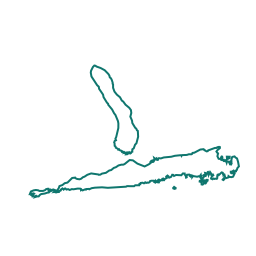 Kepulauan Sula, Maluku Utara, Indonesia (Mercator projection), rotated 173°
{"feature_id": "22746128B81791072961966", "entity_name": "Kepulauan Sula", "entity_type": "district", "adm_level": 2, "iso_a3": "IDN", "parent_name": "Indonesia", "parent_adm1": "Maluku Utara", "projection": "mercator", "projection_center": [125.8, -2.114], "detail": "fine", "context": "isolated", "style": "outline", "palette": "teal", "viewbox_px": 256, "rotation_deg": 173, "n_neighbors": 0, "source": "geoboundaries", "source_scale": "gbopen_adm2", "svg_char_len": 5531}
<svg xmlns="http://www.w3.org/2000/svg" viewBox="0 0 256 256"><g transform="rotate(173 128 128)"><path d="M36.6,66.3L34.5,66.7L34.1,68.0L33.1,67.0L31.1,66.6L29.6,66.9L27.7,69.9L28.4,70.7L28.7,70.1L30.9,70.5L31.4,71.1L31.3,72.1L30.3,72.0L28.7,72.7L28.7,72.3L27.5,72.2L27.7,71.8L27.3,71.5L26.1,71.8L26.0,72.7L25.1,73.1L24.3,74.9L22.6,76.4L22.9,81.2L23.5,84.5L24.9,85.6L25.7,86.8L28.0,86.6L28.4,86.1L29.4,83.3L29.3,82.5L29.8,82.1L29.4,80.4L30.1,79.2L31.1,79.5L30.7,81.0L31.0,82.2L31.6,82.0L31.8,81.4L32.1,82.2L33.7,83.0L34.3,81.6L34.5,82.6L35.2,83.0L34.6,84.2L35.7,84.2L36.2,83.0L36.2,83.4L36.8,83.5L37.0,84.9L37.6,84.9L37.9,85.3L38.4,84.6L39.4,85.0L39.7,85.9L41.8,86.4L42.7,89.1L41.7,91.8L42.6,92.8L43.1,93.9L41.6,95.4L39.3,96.8L39.1,97.8L39.9,98.2L41.8,98.0L42.5,97.4L44.2,97.6L51.2,96.0L51.7,95.3L52.8,95.2L54.9,96.7L54.8,97.1L55.7,97.8L58.9,97.8L65.2,95.4L67.0,95.4L67.4,94.6L68.2,94.2L70.9,94.5L72.9,94.1L77.7,94.5L78.2,93.9L78.3,94.3L79.3,94.6L84.9,94.7L88.5,94.2L96.1,94.4L99.1,93.8L101.0,94.3L101.7,94.0L102.1,92.8L102.6,92.7L103.8,93.2L103.7,94.3L104.5,93.9L105.6,95.0L105.5,94.1L105.9,93.4L105.7,93.0L106.6,91.6L107.4,91.2L108.8,91.5L109.9,90.4L111.8,89.4L116.2,87.8L123.0,91.5L127.1,95.3L130.3,96.0L135.8,92.6L137.2,92.2L139.1,92.4L142.0,92.0L144.7,90.6L147.0,90.1L149.8,88.3L151.8,88.1L155.4,86.2L159.4,85.9L161.1,85.1L162.7,85.1L163.1,85.5L170.1,87.4L174.1,86.5L177.1,85.0L178.8,84.6L180.6,83.4L182.3,83.0L184.7,83.6L186.7,84.9L186.7,85.2L189.5,85.2L194.7,81.2L197.6,80.9L200.0,79.4L203.1,78.7L204.1,76.7L206.2,74.4L207.7,74.4L209.0,73.5L208.2,73.5L207.9,73.0L206.8,72.8L206.2,73.0L204.5,72.9L204.5,73.5L203.9,73.9L202.3,74.1L201.7,73.6L202.3,74.2L202.2,75.0L200.4,76.0L199.4,74.7L198.2,75.6L197.5,75.6L196.6,74.4L194.9,74.6L193.4,73.6L191.2,74.2L189.5,73.8L185.4,74.0L182.7,73.6L182.1,73.2L182.2,72.0L181.4,72.3L180.6,71.6L178.2,72.3L177.5,72.0L177.4,72.4L176.9,72.5L174.2,72.3L173.9,71.9L171.4,72.7L168.1,72.8L161.0,72.3L155.3,71.1L137.1,70.0L136.1,70.4L129.0,69.5L127.8,70.3L123.9,69.8L123.5,71.0L122.6,70.8L122.2,71.9L120.1,71.9L119.1,71.2L118.2,71.2L117.5,72.0L116.1,71.2L115.0,71.5L114.3,71.2L113.1,71.6L112.6,72.6L111.3,72.8L108.6,72.5L107.8,71.9L107.0,72.3L106.6,71.7L105.5,71.7L105.9,70.7L104.8,70.4L105.1,72.1L104.6,72.5L103.9,71.7L103.9,72.5L103.5,73.0L102.9,72.5L103.0,71.9L102.6,72.1L102.3,71.8L101.6,72.3L100.6,71.9L100.3,72.1L100.1,73.4L99.3,73.5L99.1,71.9L98.5,71.8L97.8,72.9L95.7,73.6L96.0,75.1L94.6,76.0L94.3,75.7L94.5,74.9L93.7,74.9L93.4,73.8L93.0,73.7L91.1,74.3L89.8,76.2L88.9,76.0L88.2,74.8L86.1,75.5L80.8,74.6L79.1,76.2L77.3,75.9L77.4,74.9L76.2,73.0L75.5,73.3L75.1,74.4L72.8,74.3L72.1,73.8L72.5,72.9L71.8,72.2L70.8,73.3L69.9,72.9L70.1,71.6L69.3,72.4L65.3,71.2L63.8,71.5L63.0,71.0L61.5,72.6L61.5,71.5L61.0,71.4L61.9,69.5L61.2,68.2L59.9,68.8L59.6,69.6L58.6,70.3L58.7,72.8L57.7,71.0L57.1,70.9L57.2,71.4L56.6,71.9L56.9,74.0L56.6,73.9L56.3,72.8L55.6,72.2L55.0,73.3L54.5,73.1L54.2,74.6L53.9,74.7L53.3,73.8L53.4,72.0L51.9,74.3L51.4,73.4L51.7,72.5L51.0,72.4L50.7,71.9L50.9,71.2L50.0,71.0L49.4,71.4L49.1,70.7L50.4,69.9L51.7,68.0L51.7,67.6L50.3,66.8L49.3,67.4L48.5,66.9L47.6,67.1L46.1,66.7L45.5,67.4L45.3,69.4L44.8,70.7L44.0,70.9L43.6,70.2L40.5,72.5L39.4,72.0L39.3,70.6L38.0,70.2L37.5,66.7L36.6,66.3ZM129.4,103.6L129.2,103.1L129.5,102.7L128.9,102.4L127.9,102.9L127.2,104.0L126.6,104.0L126.3,106.3L124.8,107.1L123.0,110.6L121.5,111.8L119.0,118.1L118.6,123.9L119.4,124.7L119.9,126.4L120.8,127.3L123.1,132.4L123.1,134.8L124.3,139.0L122.9,142.5L122.9,145.4L124.3,147.9L127.6,151.4L129.5,154.8L130.8,156.0L132.2,159.5L135.0,162.5L137.0,165.8L137.9,169.7L137.5,173.2L137.9,173.8L137.7,174.8L138.2,177.5L138.8,179.3L139.9,180.5L140.1,182.3L140.9,184.0L144.1,188.2L147.9,190.9L151.9,192.9L152.6,193.7L153.8,194.1L155.4,192.8L157.7,189.3L158.2,187.5L158.0,183.6L153.4,174.2L152.0,172.6L151.9,170.4L148.7,164.2L148.5,161.6L145.8,155.7L144.8,154.5L144.8,153.5L141.5,148.3L140.0,144.3L138.9,142.5L137.1,136.0L137.0,133.6L137.6,129.1L140.8,120.5L141.8,118.9L141.4,117.3L142.7,116.9L143.5,115.4L143.2,114.5L143.4,111.9L142.6,111.1L142.5,109.9L140.6,108.6L140.4,107.8L139.5,108.0L139.2,107.1L137.5,106.3L136.9,104.9L136.3,104.9L136.1,105.3L135.2,104.6L135.3,104.2L134.7,104.5L134.4,103.9L134.8,103.6L134.3,103.3L133.2,103.0L133.6,103.3L133.4,103.7L132.8,103.3L132.0,103.9L131.3,103.1L130.8,103.6L130.4,102.9L129.4,103.6ZM228.0,70.9L226.4,71.2L225.0,71.0L223.5,72.4L222.2,73.0L218.5,73.1L215.8,73.7L214.5,73.6L213.0,74.7L208.5,75.5L209.6,76.1L213.7,75.5L213.3,76.3L214.5,76.2L214.4,77.4L214.8,77.5L216.7,77.3L217.9,76.4L220.0,75.9L223.6,76.3L224.7,77.1L227.0,77.7L229.3,77.6L232.1,76.8L233.4,74.5L229.6,74.6L229.2,74.2L231.4,73.1L230.4,72.8L230.3,72.4L232.0,71.8L229.1,71.5L226.7,72.1L228.0,70.9ZM61.8,63.0L60.8,62.7L59.5,63.6L58.9,65.2L58.6,63.8L57.8,63.5L56.9,64.4L56.7,65.3L55.4,66.0L55.3,66.8L56.4,67.0L57.2,66.5L58.0,66.5L58.7,65.6L59.6,66.2L60.0,65.7L60.4,66.5L60.8,66.4L60.4,67.1L60.9,67.3L63.2,66.8L63.4,66.1L62.4,65.7L61.7,64.6L61.8,63.0ZM32.8,85.1L30.9,85.8L30.6,87.1L33.4,87.5L33.5,85.4L32.8,85.1ZM89.4,63.9L90.5,62.9L90.4,62.5L89.3,61.9L88.2,62.1L88.0,62.6L89.4,63.9ZM39.0,86.1L37.9,87.3L38.0,88.1L38.6,88.3L39.2,87.5L39.6,86.3L39.0,86.1ZM109.9,91.5L109.7,91.2L108.9,91.5L107.7,92.8L108.8,92.6L109.9,91.5ZM39.7,64.7L38.8,65.3L39.3,66.2L40.3,65.2L39.7,64.7ZM76.4,71.7L75.8,71.9L76.0,72.8L76.5,72.5L76.4,71.7ZM107.9,71.6L108.4,71.1L108.0,70.8L107.9,71.6ZM132.6,102.1L131.9,102.1L131.5,102.7L132.0,102.7L132.6,102.1ZM38.7,69.6L39.0,70.1L39.0,69.4L38.7,69.6Z" fill="none" stroke="#0f766e" stroke-width="2"/></g></svg>